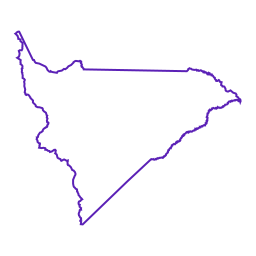 the district of Picunches, Neuquén, Argentina
{"feature_id": "61730980B43835404707600", "entity_name": "Picunches", "entity_type": "district", "adm_level": 2, "iso_a3": "ARG", "parent_name": "Argentina", "parent_adm1": "Neuquén", "projection": "albers", "projection_center": [-70.26, -38.618], "detail": "fine", "context": "isolated", "style": "outline", "palette": "violet", "viewbox_px": 256, "rotation_deg": 0, "n_neighbors": 0, "source": "geoboundaries", "source_scale": "gbopen_adm2", "svg_char_len": 5706}
<svg xmlns="http://www.w3.org/2000/svg" viewBox="0 0 256 256"><path d="M82.7,224.4L127.1,181.6L151.0,159.3L151.4,159.4L151.7,159.1L153.2,159.4L153.4,159.2L153.8,159.6L154.7,159.7L155.4,159.4L155.5,159.0L156.4,159.3L157.3,158.2L158.0,158.6L159.3,157.8L159.7,158.0L161.4,157.5L162.0,157.7L162.8,157.9L163.1,157.1L163.7,157.0L163.7,156.6L164.2,156.1L164.8,156.2L165.2,155.9L165.9,155.2L165.8,154.5L166.3,154.1L166.4,153.7L167.9,152.5L167.8,151.6L168.2,151.2L168.2,150.3L169.0,150.1L169.2,149.2L169.9,148.6L170.1,148.1L170.5,147.8L170.9,148.0L171.1,147.1L171.6,146.7L171.8,145.4L172.4,145.4L172.5,144.9L173.9,143.9L174.9,144.3L176.1,143.0L176.6,142.9L176.6,142.4L176.2,142.2L176.5,141.8L176.9,142.0L177.4,141.5L177.7,141.9L178.4,141.4L178.7,141.6L179.4,141.2L179.6,140.6L180.1,140.7L180.4,140.1L180.2,139.4L180.7,138.5L181.3,138.2L181.3,137.6L182.1,137.0L182.2,136.1L183.0,136.0L182.8,135.6L183.3,134.8L184.2,134.9L184.2,134.1L185.5,133.5L186.5,132.2L187.1,132.4L187.4,132.0L188.5,132.6L188.8,132.2L188.2,131.9L188.5,131.6L189.3,131.8L189.5,131.5L190.7,131.3L191.0,131.7L192.0,131.6L193.3,130.6L194.5,130.5L194.6,130.0L195.3,129.8L195.3,128.9L195.8,129.1L196.2,128.6L196.4,128.6L196.5,128.9L196.8,128.5L197.5,128.9L197.9,128.7L198.0,128.2L199.8,127.6L199.8,126.9L200.5,127.1L200.6,126.6L202.2,126.5L202.2,125.9L203.2,125.7L203.9,125.2L204.2,125.4L205.1,125.4L205.1,125.1L204.7,124.9L206.1,123.8L205.8,123.2L206.4,123.0L206.2,122.6L206.8,122.0L206.6,121.4L207.1,121.3L207.4,120.3L207.0,120.1L207.3,119.6L207.2,119.1L207.6,118.0L206.9,117.3L207.3,117.1L207.0,116.3L207.5,115.4L207.4,115.0L207.6,114.6L207.4,114.1L207.6,113.9L207.6,113.3L208.4,113.0L208.7,112.5L208.7,111.0L209.5,110.8L209.5,110.1L210.3,110.2L210.3,109.7L210.8,109.9L211.3,109.8L212.2,109.0L212.1,108.5L212.5,108.5L213.2,107.9L215.1,108.6L215.7,108.0L216.3,108.4L216.5,107.8L217.3,107.8L217.6,107.3L217.9,107.8L218.3,107.4L218.9,107.4L220.0,108.0L220.9,107.6L221.5,107.7L221.9,107.2L222.6,107.2L222.8,106.8L223.2,106.7L223.1,106.2L224.6,105.7L225.0,105.2L225.1,104.7L226.8,104.5L227.8,103.7L227.8,103.3L228.2,103.1L228.3,102.6L228.1,102.5L229.2,101.4L229.8,101.5L230.4,101.2L230.7,101.6L231.1,101.1L231.7,101.2L231.9,100.8L232.4,101.1L233.0,100.6L234.1,100.5L234.6,100.2L234.9,100.4L235.3,100.1L235.7,100.3L236.3,99.8L237.5,99.9L237.9,100.4L238.1,99.7L238.3,100.6L238.7,100.9L239.3,100.8L239.5,101.3L240.2,101.5L240.3,101.9L240.6,101.1L240.3,99.5L240.0,99.2L238.8,98.9L238.3,97.5L236.3,96.2L236.5,94.7L235.7,93.5L233.2,92.7L230.5,90.4L228.0,91.6L226.8,91.3L225.8,90.7L225.6,90.3L225.5,88.8L224.4,86.7L223.9,86.4L222.5,86.5L222.1,85.6L221.2,85.2L221.1,84.3L221.6,82.2L219.9,81.8L219.2,80.3L218.7,80.0L217.3,81.0L216.2,80.9L216.0,79.9L215.5,79.7L214.8,78.7L214.8,77.7L213.9,77.3L212.9,75.7L211.5,75.4L211.5,75.1L211.9,74.7L211.8,74.4L209.5,74.5L209.7,73.3L208.5,72.7L208.2,73.1L207.8,73.2L208.1,74.1L207.7,74.4L207.4,74.3L207.3,73.8L206.0,72.4L205.1,72.6L204.8,71.8L204.4,71.6L203.7,72.4L203.3,72.3L203.2,71.3L201.9,71.1L201.4,70.5L200.4,70.3L199.7,70.8L198.6,70.8L198.3,70.2L197.8,70.1L197.0,70.6L196.4,69.7L194.4,69.9L192.0,69.5L191.0,68.7L189.9,68.7L189.5,68.3L188.3,69.0L188.0,70.1L186.8,71.2L83.7,69.4L83.6,68.6L82.7,67.7L82.3,66.8L81.7,66.8L81.3,65.7L81.9,64.8L81.8,64.3L81.0,63.4L80.7,62.7L81.3,62.1L81.2,61.5L80.0,60.8L78.9,61.3L75.9,60.9L74.9,61.2L73.5,62.2L73.5,62.6L71.1,65.0L68.4,66.3L67.0,68.0L65.7,68.9L65.3,69.2L64.0,68.9L61.8,70.6L58.1,71.3L57.1,72.2L56.9,72.8L52.1,72.0L51.0,71.4L51.0,71.7L50.5,71.8L49.4,71.7L47.6,70.1L46.4,67.6L45.4,66.5L39.3,63.6L35.8,62.9L34.8,61.8L34.0,60.0L32.9,59.9L19.2,31.7L18.2,31.6L16.6,32.5L16.1,33.3L15.4,33.7L17.6,35.8L17.6,36.3L18.3,37.8L18.2,38.8L20.5,39.5L20.4,41.1L22.4,42.8L22.6,44.2L22.4,45.2L22.5,46.5L22.3,47.1L22.4,48.8L21.7,50.3L19.8,50.2L18.8,50.9L19.6,53.5L19.3,55.7L18.7,56.9L17.2,57.8L20.7,60.1L20.4,62.2L20.7,63.0L20.5,64.1L21.6,64.8L22.4,65.9L22.5,67.0L22.2,67.8L22.4,68.4L21.7,68.9L22.0,70.2L21.8,71.8L21.9,72.5L22.4,72.8L22.3,73.8L22.7,75.4L22.6,78.0L24.0,78.8L24.8,79.8L24.6,80.7L24.1,81.7L24.5,83.7L24.3,86.1L25.2,89.4L24.7,92.4L25.3,93.1L25.3,93.9L25.7,94.7L26.4,95.0L27.0,94.5L28.4,94.8L29.5,96.1L29.8,96.8L30.4,97.4L30.5,98.1L33.0,100.5L32.9,102.3L33.2,102.8L35.3,104.7L35.8,105.7L35.8,106.3L37.5,107.2L39.5,107.3L42.3,108.1L42.7,108.6L42.9,110.1L43.9,111.3L45.9,112.7L46.7,115.3L47.2,115.6L46.9,116.2L47.0,117.3L46.8,117.7L47.5,118.4L46.9,120.5L47.1,122.1L47.3,122.4L48.2,122.4L48.5,122.9L48.2,124.1L47.2,125.3L47.4,125.6L47.3,126.3L46.9,127.0L45.7,127.3L45.5,127.8L44.6,128.1L43.3,129.3L42.6,130.6L42.7,131.0L41.3,132.2L40.0,132.6L38.2,135.3L38.0,136.9L37.6,137.3L36.9,137.4L37.1,137.9L36.6,139.2L37.5,140.5L37.5,141.8L38.8,143.1L39.9,143.4L40.0,144.1L39.4,145.2L39.7,145.9L39.1,147.7L41.5,148.1L43.4,147.8L45.3,148.2L45.6,148.9L45.3,149.7L47.1,150.0L47.7,150.7L49.4,151.0L49.9,152.0L51.8,151.5L54.2,149.8L55.3,149.8L55.8,150.6L55.5,151.5L55.6,152.9L55.2,153.4L56.7,154.5L57.5,157.6L58.3,158.3L60.4,159.1L61.0,160.6L61.5,160.8L63.6,159.6L64.3,159.5L66.9,160.9L67.8,160.5L67.8,161.3L67.5,162.0L67.5,163.0L67.7,163.6L67.6,164.3L68.0,165.1L69.2,165.5L70.9,167.2L72.2,170.0L73.6,170.5L75.0,172.2L75.5,173.8L75.4,174.8L74.8,175.7L73.1,179.8L73.1,183.7L73.6,186.2L74.1,187.1L74.8,187.6L75.7,188.8L76.9,189.3L77.1,190.0L77.0,191.2L77.5,191.6L77.5,192.3L78.4,193.7L78.5,195.0L79.3,195.8L80.5,197.6L81.3,198.2L82.2,199.3L81.3,199.8L80.4,200.9L78.9,201.6L78.5,203.0L78.8,204.4L79.8,204.8L79.5,205.6L79.6,206.8L81.1,208.1L80.9,208.7L81.1,209.7L80.0,209.8L79.7,210.2L79.5,211.7L78.9,213.0L78.7,213.9L79.0,215.4L79.4,215.9L80.1,217.4L80.9,217.9L81.1,218.4L80.9,219.1L81.2,220.0L80.5,220.3L80.2,220.9L81.2,221.9L80.8,224.2L82.7,224.4Z" fill="none" stroke="#5b21b6" stroke-width="2"/></svg>